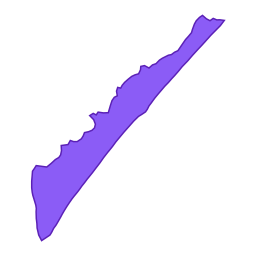 Barra dos Coqueiros, Sergipe, Brazil (Albers equal-area conic projection)
{"feature_id": "56859067B3534711848449", "entity_name": "Barra dos Coqueiros", "entity_type": "district", "adm_level": 2, "iso_a3": "BRA", "parent_name": "Brazil", "parent_adm1": "Sergipe", "projection": "albers", "projection_center": [-36.963, -10.848], "detail": "fine", "context": "isolated", "style": "filled", "palette": "violet", "viewbox_px": 256, "rotation_deg": 0, "n_neighbors": 0, "source": "geoboundaries", "source_scale": "gbopen_adm2", "svg_char_len": 1645}
<svg xmlns="http://www.w3.org/2000/svg" viewBox="0 0 256 256"><path d="M41.6,240.6L46.0,237.7L50.0,235.0L51.6,232.4L53.6,228.4L56.1,225.0L58.2,221.4L60.6,217.2L62.2,214.2L64.4,210.4L66.8,206.5L69.4,202.6L71.9,199.0L73.9,196.4L76.3,193.5L78.2,191.1L80.0,188.7L81.8,186.1L85.0,182.1L87.2,179.1L89.1,176.8L92.8,172.2L95.5,168.6L99.9,162.9L103.6,157.6L107.5,152.6L112.4,146.6L115.9,141.8L123.8,132.3L133.7,121.1L138.5,116.4L141.6,114.5L145.5,111.9L147.3,109.3L149.0,105.9L151.3,102.9L153.0,100.5L155.0,97.8L157.9,94.3L161.4,90.2L164.7,86.3L168.4,82.5L171.6,78.8L174.7,75.5L178.2,71.5L182.2,66.6L187.7,60.9L192.6,55.2L198.2,49.1L202.8,44.2L210.7,35.4L217.4,28.6L220.3,25.7L224.3,20.4L219.8,19.8L216.8,19.9L213.2,18.4L210.0,20.7L206.4,18.8L202.5,15.4L199.5,17.4L196.3,20.7L194.4,24.1L192.4,29.6L191.5,32.7L188.4,36.4L185.5,39.6L177.9,50.7L174.6,52.2L171.4,54.6L168.4,55.2L165.6,56.6L162.4,58.2L159.5,60.1L156.0,63.7L152.5,64.9L149.0,68.0L144.5,65.6L140.8,66.4L140.5,69.8L138.6,73.8L135.1,74.8L131.7,76.4L128.2,79.2L124.6,82.4L122.2,85.3L120.7,88.1L117.7,87.4L116.5,91.1L117.3,95.8L114.3,97.3L112.0,100.6L110.4,105.5L108.3,112.7L103.4,112.9L98.1,112.1L96.2,114.9L93.2,113.4L89.7,115.6L93.7,119.7L95.4,124.2L94.5,127.9L92.0,130.3L88.6,131.7L84.5,132.6L83.2,135.9L81.4,138.8L77.2,141.6L73.6,141.6L70.3,140.5L68.0,144.6L61.2,145.5L61.5,150.7L60.6,155.0L58.8,157.5L55.3,159.6L51.2,163.4L46.8,167.0L36.2,165.6L34.3,168.6L32.5,171.2L32.2,175.2L31.7,181.3L31.7,187.7L32.2,192.2L32.8,195.2L34.0,199.1L35.8,205.1L36.3,208.4L36.1,211.6L36.2,215.3L36.3,218.6L36.9,223.5L37.1,228.0L38.7,235.0L41.6,240.6Z" fill="#8b5cf6" stroke="#5b21b6" stroke-width="1.5"/></svg>